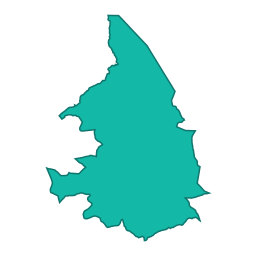 outline of Tenochtitlán, Veracruz, Mexico
{"feature_id": "50627088B5329329942302", "entity_name": "Tenochtitlán", "entity_type": "district", "adm_level": 2, "iso_a3": "MEX", "parent_name": "Mexico", "parent_adm1": "Veracruz", "projection": "albers", "projection_center": [-96.947, 19.825], "detail": "fine", "context": "isolated", "style": "filled", "palette": "teal", "viewbox_px": 256, "rotation_deg": 0, "n_neighbors": 0, "source": "geoboundaries", "source_scale": "gbopen_adm2", "svg_char_len": 5519}
<svg xmlns="http://www.w3.org/2000/svg" viewBox="0 0 256 256"><path d="M50.9,192.6L52.7,193.2L54.2,194.0L57.9,195.8L59.6,202.5L62.2,199.6L63.7,198.2L65.4,196.1L66.5,195.9L68.3,195.9L69.3,195.5L71.0,195.6L73.7,195.5L75.2,195.1L76.9,193.9L78.9,193.6L80.8,192.9L83.3,193.2L84.4,193.9L85.5,193.9L86.1,194.4L87.2,194.3L88.4,194.4L89.5,194.4L90.1,195.0L89.7,196.1L88.0,197.3L87.6,199.1L88.4,200.8L90.5,202.3L91.9,203.7L91.7,205.3L89.9,207.2L88.4,208.8L84.7,210.9L84.0,211.9L83.2,214.3L83.7,216.6L84.0,217.9L85.2,218.7L87.2,218.7L90.3,217.6L92.7,216.5L95.0,215.9L97.7,216.8L100.2,218.1L100.5,219.8L101.3,221.5L102.5,221.9L104.3,223.6L105.7,225.5L106.5,226.8L107.7,227.4L109.6,227.0L111.5,226.3L113.5,226.0L115.1,225.7L117.3,225.6L118.5,225.3L119.3,224.4L120.1,223.2L120.6,221.6L121.3,220.1L122.2,219.4L123.1,220.4L123.1,221.8L123.4,222.6L123.9,223.6L124.0,224.9L124.4,226.4L125.4,226.9L125.9,228.6L126.6,230.0L128.1,230.8L129.4,230.9L131.2,232.3L132.5,233.2L133.7,234.0L134.9,235.4L136.1,236.5L137.7,236.8L138.5,237.7L140.7,237.1L142.2,236.3L144.0,237.4L144.4,240.6L145.2,240.5L146.1,240.3L146.9,239.4L147.9,237.4L149.1,237.2L150.2,236.7L151.2,236.5L152.0,235.8L153.0,235.5L153.6,234.8L154.9,233.5L156.4,232.8L157.6,232.0L158.9,231.4L160.4,230.9L162.5,230.2L163.7,230.0L165.0,229.7L166.3,229.4L167.0,228.9L167.9,228.2L168.6,227.4L170.4,228.4L171.8,227.4L173.2,227.5L174.6,226.5L176.0,225.7L178.3,224.8L180.2,224.7L181.9,225.2L183.2,224.3L184.5,222.5L185.5,221.7L186.3,220.4L187.2,219.2L188.1,218.4L189.4,218.0L192.1,218.6L193.2,217.8L194.3,217.7L195.5,217.3L196.9,217.9L197.7,218.6L199.0,220.0L200.0,220.7L198.3,215.5L197.8,214.5L197.1,213.4L196.2,212.5L195.7,210.8L195.2,210.0L192.9,208.4L190.9,207.2L189.4,205.6L189.2,204.3L189.2,203.3L188.9,202.2L188.1,201.2L187.4,200.0L186.6,199.4L185.3,197.9L187.7,197.9L189.9,197.9L191.6,198.1L193.4,197.6L195.1,197.3L196.9,196.6L198.8,196.0L200.5,195.4L201.7,195.2L202.6,194.9L203.5,194.0L204.9,193.8L206.0,193.7L207.2,193.6L209.2,193.1L207.5,192.4L206.1,191.8L204.6,191.3L203.5,190.1L202.4,188.9L201.4,187.7L197.2,183.3L198.0,178.4L199.1,172.2L200.0,166.7L197.7,165.5L197.2,163.2L197.3,161.5L196.4,160.0L195.4,158.8L194.5,157.3L194.2,155.4L193.9,153.5L193.6,152.0L193.5,150.5L193.0,149.1L192.7,147.7L192.6,145.7L192.2,144.2L192.0,142.7L191.9,140.5L191.8,138.3L192.1,136.5L192.8,135.0L193.5,133.8L195.3,130.8L190.9,130.7L185.4,130.5L176.6,126.8L177.0,125.5L177.3,124.1L178.0,123.0L179.1,122.4L180.3,122.2L181.2,122.4L182.6,121.5L183.2,120.4L184.3,120.1L183.8,118.9L182.0,117.8L181.2,116.1L180.5,114.6L179.9,112.8L179.0,111.0L177.9,109.6L176.8,109.1L176.3,107.6L175.9,106.7L174.9,106.2L173.8,106.3L172.9,106.0L172.5,105.0L172.0,103.1L171.5,100.3L172.8,97.2L175.0,91.4L172.4,87.2L171.8,86.1L168.2,80.3L162.7,71.4L160.1,67.1L157.5,62.9L154.9,58.6L154.0,57.2L152.9,55.4L150.6,51.6L146.9,45.5L143.9,42.4L139.1,37.3L134.5,32.4L133.0,30.9L130.8,28.5L129.7,27.4L126.9,24.3L125.9,23.3L122.1,19.2L120.8,17.9L118.6,15.6L112.7,15.5L108.1,15.4L108.4,16.7L108.5,17.9L108.1,18.9L108.1,19.7L108.6,20.4L110.1,21.0L110.1,23.2L110.0,25.7L109.4,27.3L109.3,29.0L109.7,30.1L109.5,32.0L109.5,33.2L109.9,34.4L110.1,35.3L109.3,36.9L109.9,38.1L109.5,39.2L109.0,39.6L108.6,40.6L108.4,42.6L108.8,44.7L109.1,45.9L109.8,46.9L110.4,47.4L110.7,47.9L111.1,48.0L111.4,48.3L111.7,49.0L111.7,49.4L111.9,50.0L112.3,50.3L112.4,50.7L112.8,51.2L112.9,51.6L112.8,52.4L113.2,52.9L113.9,53.0L114.4,53.5L114.3,54.5L114.5,55.1L115.1,55.8L115.7,56.6L116.0,57.6L116.5,58.2L117.0,59.6L116.6,60.3L116.4,61.2L116.4,62.2L117.0,62.7L117.8,63.4L118.1,64.0L117.7,64.8L116.9,64.9L116.1,64.6L115.3,64.5L115.1,65.4L114.7,65.9L113.9,65.7L113.1,65.6L112.5,65.4L111.8,65.7L111.1,66.4L110.6,67.0L110.0,67.4L109.4,67.8L108.8,67.9L108.4,68.4L108.0,69.2L108.2,69.9L108.9,70.3L109.3,71.5L109.4,72.3L109.2,73.4L108.9,73.7L108.2,73.5L107.5,73.8L107.0,74.4L106.8,75.3L106.3,76.5L105.8,78.0L105.4,79.1L105.3,80.0L104.6,80.6L104.0,80.8L103.0,80.4L102.5,80.7L102.2,81.4L101.6,81.8L101.2,82.4L100.5,83.2L99.1,83.8L98.3,83.7L97.8,83.9L96.7,84.5L95.7,85.1L94.6,85.5L93.3,86.1L91.5,87.0L90.0,87.6L89.0,88.3L88.9,89.1L88.4,90.0L88.1,90.4L87.8,90.5L87.1,90.7L86.7,91.3L85.1,92.6L84.5,93.5L84.0,93.9L83.8,94.1L83.5,94.5L83.1,94.8L82.4,94.9L81.8,95.2L81.5,95.7L80.6,96.2L80.2,97.5L80.2,99.0L79.7,100.7L80.1,102.6L77.3,104.8L76.7,105.5L76.0,105.7L74.7,105.0L74.9,106.1L73.3,107.0L72.1,107.2L69.4,107.4L68.1,108.2L66.8,109.3L65.3,110.7L63.4,112.1L61.4,113.5L60.3,114.7L59.2,115.7L61.9,119.1L63.3,118.2L64.7,117.2L65.0,115.7L66.7,115.3L68.5,114.8L70.4,114.8L71.6,115.0L72.8,115.7L74.5,115.4L75.6,115.4L76.5,116.1L77.7,116.4L78.9,116.8L82.3,122.1L81.3,124.6L79.9,127.6L79.8,128.7L79.8,129.1L80.1,130.2L81.0,130.9L82.6,131.0L95.0,129.7L94.5,131.0L94.4,132.9L94.7,134.8L95.2,136.1L95.1,137.2L95.6,138.9L96.6,139.8L97.6,140.9L98.5,141.4L99.4,141.6L100.9,142.7L102.5,144.6L101.2,145.5L99.9,146.3L99.2,146.6L98.3,148.0L97.7,149.3L96.9,150.2L96.6,152.5L96.5,153.6L96.4,154.8L96.4,156.6L94.8,156.1L93.5,156.1L91.8,155.5L89.9,155.5L88.4,156.4L86.9,156.3L81.7,157.7L75.3,158.8L77.2,160.5L79.2,162.5L81.5,163.5L82.6,164.3L83.6,165.6L85.7,167.1L83.3,169.3L81.7,170.9L80.6,172.1L79.2,173.6L77.8,173.8L74.7,173.5L72.5,173.4L70.8,173.3L69.7,173.0L69.0,172.6L68.0,174.5L67.1,175.3L64.7,175.6L62.7,175.6L60.8,175.6L59.5,174.3L57.9,172.5L56.2,171.2L54.8,170.0L52.8,169.5L50.8,169.0L49.1,168.9L48.1,168.6L46.8,168.1L51.7,179.9L52.2,181.8L52.4,183.0L52.0,184.8L51.4,186.7L50.6,188.4L50.3,189.8L50.4,190.8L50.8,192.4L50.9,192.6Z" fill="#14b8a6" stroke="#0f766e" stroke-width="1.5"/></svg>